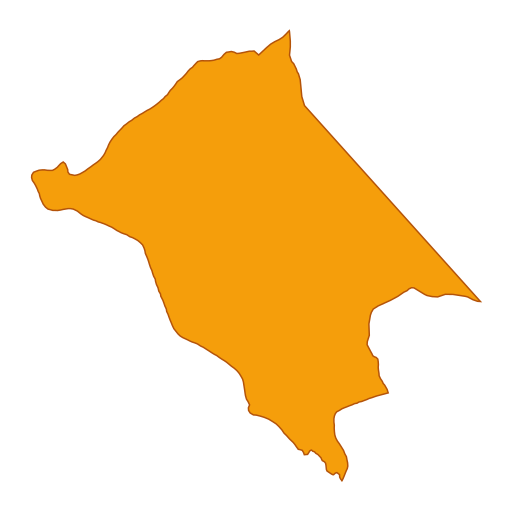 outline of Cidade De Lichinga, Niassa, Mozambique
{"feature_id": "85939544B62365198391986", "entity_name": "Cidade De Lichinga", "entity_type": "district", "adm_level": 2, "iso_a3": "MOZ", "parent_name": "Mozambique", "parent_adm1": "Niassa", "projection": "natural_earth1", "projection_center": [35.229, -13.307], "detail": "fine", "context": "isolated", "style": "filled", "palette": "amber", "viewbox_px": 512, "rotation_deg": 0, "n_neighbors": 0, "source": "geoboundaries", "source_scale": "gbopen_adm2", "svg_char_len": 4638}
<svg xmlns="http://www.w3.org/2000/svg" viewBox="0 0 512 512"><path d="M266.5,47.7L258.7,55.0L254.1,51.0L252.0,51.2L249.4,51.2L247.1,51.7L244.4,52.3L241.9,52.8L239.3,53.3L236.8,53.5L234.2,52.2L231.3,51.5L229.1,51.9L226.4,52.3L224.0,54.4L221.6,57.3L219.5,58.8L216.8,59.3L214.0,60.2L211.3,60.6L209.2,60.8L206.8,60.8L204.4,60.8L202.3,60.7L200.2,60.9L197.7,61.6L196.2,63.1L193.8,65.7L192.5,67.3L190.3,68.8L188.2,71.0L186.3,73.5L184.1,75.9L182.3,77.8L180.2,79.5L177.3,81.6L175.8,83.9L174.0,86.4L172.4,88.3L170.3,90.4L168.6,92.9L167.5,94.7L165.2,96.5L163.5,98.6L161.3,100.3L159.4,102.1L156.8,104.2L154.7,105.8L152.1,107.6L149.6,109.2L147.3,110.3L144.7,111.9L142.3,113.4L139.5,114.9L137.2,116.6L134.4,118.1L131.7,120.3L129.0,121.9L126.3,124.1L124.0,125.7L122.0,128.0L119.5,130.6L117.8,132.4L116.2,134.4L113.9,136.6L111.9,139.2L110.0,142.1L108.6,144.9L107.6,147.5L106.1,150.4L105.1,152.8L103.6,155.4L102.1,157.3L100.2,159.6L97.7,161.8L95.5,163.4L93.0,165.1L90.8,166.8L87.9,168.8L85.2,170.9L82.5,172.5L79.8,174.0L77.2,174.9L74.7,175.4L72.5,174.9L69.5,174.3L67.9,172.0L67.7,169.6L66.5,166.6L65.4,163.9L63.2,162.0L60.7,163.6L58.9,165.5L57.3,167.3L54.6,169.3L52.4,170.4L49.7,170.4L47.2,170.3L44.7,169.9L42.1,169.9L39.1,170.2L36.5,171.1L33.5,172.3L31.8,175.1L31.6,177.5L32.4,180.5L34.1,182.9L35.6,185.5L37.3,189.0L38.3,191.7L39.3,193.5L39.7,195.7L40.5,198.3L42.0,201.5L43.3,204.3L45.5,207.1L48.0,209.1L50.4,209.7L52.8,210.4L55.0,210.4L57.5,210.5L60.6,210.0L63.2,209.4L65.6,209.0L68.1,208.6L70.5,208.6L73.3,209.1L75.6,210.2L77.4,211.1L80.9,213.9L83.3,215.5L85.6,216.6L88.2,217.7L91.0,219.0L93.5,220.1L96.0,220.8L98.2,221.9L100.3,222.4L102.1,223.1L103.9,223.7L106.5,224.8L109.2,226.1L111.6,227.1L114.2,228.7L116.9,230.5L119.1,231.6L121.1,232.7L123.7,233.7L126.8,234.7L129.8,236.7L132.5,237.6L135.0,238.9L137.8,240.5L140.3,242.6L142.6,244.9L144.1,248.1L144.9,250.6L145.4,253.5L146.7,256.4L147.8,259.1L148.7,261.8L149.5,264.5L150.5,267.5L151.9,270.5L152.7,273.4L153.7,276.3L155.2,279.0L155.6,281.5L156.5,284.6L158.0,287.7L158.8,291.1L160.5,294.0L160.8,296.2L162.9,300.3L164.0,303.3L164.9,306.0L166.3,309.0L166.7,311.5L168.0,314.2L168.9,316.8L170.1,320.0L171.2,322.6L172.5,325.8L173.9,328.7L176.1,331.5L178.1,334.0L180.2,336.0L182.6,337.5L185.4,338.8L187.6,339.8L189.7,340.9L191.9,341.9L194.9,342.9L197.4,343.9L200.6,346.0L203.4,347.3L206.3,349.2L209.0,350.9L211.4,352.5L214.3,354.3L216.7,355.5L219.2,357.4L221.9,359.2L224.1,360.5L226.6,362.2L228.9,364.1L231.3,366.1L234.2,368.2L236.7,370.4L238.1,372.0L239.4,373.6L241.1,376.4L242.6,379.1L243.4,381.9L243.8,384.5L244.2,387.0L244.7,390.3L245.1,393.2L245.5,395.7L246.5,399.2L248.0,401.5L249.6,404.9L248.4,407.8L248.4,408.0L248.6,410.5L250.2,413.0L253.4,414.9L256.3,415.1L260.3,416.1L264.2,417.3L268.6,419.1L272.7,421.6L276.2,423.9L278.8,426.4L281.9,429.9L284.1,433.2L286.5,435.5L289.7,439.1L293.2,442.4L294.9,444.5L296.3,446.6L297.3,448.0L297.6,448.2L298.2,449.3L300.2,449.7L302.2,450.3L303.5,452.4L304.3,454.7L307.6,454.4L308.7,452.7L309.9,450.8L310.9,450.2L311.6,450.1L312.7,451.2L314.5,451.8L315.8,453.3L317.9,454.5L319.7,456.4L321.0,457.8L321.6,459.3L322.3,460.6L324.5,461.8L325.6,463.3L326.0,465.5L326.4,469.5L327.0,471.0L330.1,473.1L331.6,474.1L332.9,474.7L333.6,474.7L335.2,473.2L336.9,472.6L339.5,474.6L339.7,477.2L340.6,479.0L341.7,480.3L341.7,481.3L343.1,478.5L344.1,476.1L345.4,472.8L346.4,470.4L347.3,468.5L347.8,466.1L347.6,462.8L346.9,459.5L346.4,456.7L344.8,453.8L343.5,450.4L341.4,447.0L339.3,443.7L337.4,441.1L335.8,438.1L334.8,434.9L334.4,431.6L334.2,428.2L334.3,425.2L333.9,422.1L333.9,418.7L334.4,416.0L335.3,413.7L336.7,411.8L339.6,410.3L341.9,408.8L344.2,407.8L346.6,406.9L349.3,405.8L352.1,404.8L354.6,403.6L357.0,403.2L359.0,402.0L361.6,401.5L364.2,400.5L366.9,399.5L369.0,398.5L372.0,397.6L374.5,396.7L376.9,395.9L388.2,392.9L387.1,389.4L384.7,385.2L384.4,384.8L383.2,383.5L382.5,381.8L381.8,380.6L380.6,378.9L379.8,377.2L379.1,375.7L379.0,373.7L378.7,371.7L378.4,369.7L378.2,367.2L378.4,364.6L378.2,361.6L377.8,359.1L376.1,357.4L374.4,356.8L373.0,355.9L372.5,355.1L372.1,354.1L370.5,351.2L367.1,344.7L367.3,341.6L369.3,335.3L368.9,323.9L370.4,315.2L371.4,312.3L373.3,309.0L378.2,305.9L390.3,300.4L397.9,296.3L403.8,292.2L407.0,290.7L409.1,288.8L411.6,287.7L414.0,287.9L424.5,294.3L427.0,295.5L432.2,296.6L437.7,296.9L445.3,294.3L452.9,294.4L465.2,296.3L467.6,296.9L472.9,299.7L477.5,301.3L480.4,301.5L304.5,105.6L301.8,96.6L300.2,79.7L298.4,73.7L297.2,71.9L296.3,69.0L293.7,63.7L291.6,61.5L289.5,55.2L290.3,46.9L290.3,41.1L289.5,31.8L289.3,30.7L288.4,31.5L286.2,33.9L282.7,37.3L279.1,39.6L274.9,41.6L270.7,44.1L266.5,47.7Z" fill="#f59e0b" stroke="#b45309" stroke-width="1.5"/></svg>